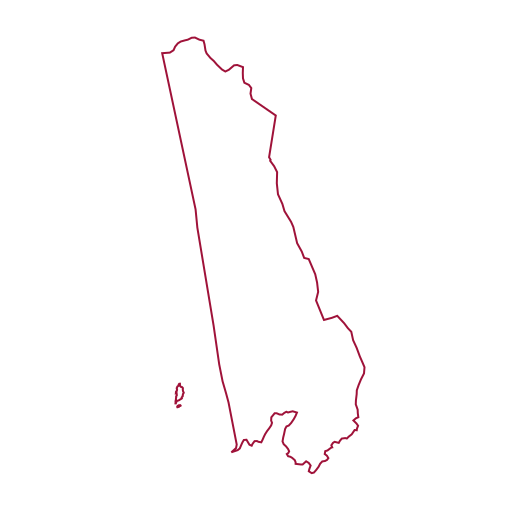 outline of Marang, Terengganu, Malaysia, rotated 194°
{"feature_id": "92858781B50781472629025", "entity_name": "Marang", "entity_type": "district", "adm_level": 2, "iso_a3": "MYS", "parent_name": "Malaysia", "parent_adm1": "Terengganu", "projection": "natural_earth1", "projection_center": [103.214, 5.06], "detail": "fine", "context": "isolated", "style": "outline", "palette": "rose", "viewbox_px": 512, "rotation_deg": 194, "n_neighbors": 0, "source": "geoboundaries", "source_scale": "gbopen_adm2", "svg_char_len": 3982}
<svg xmlns="http://www.w3.org/2000/svg" viewBox="0 0 512 512"><g transform="rotate(194 256 256)"><path d="M265.1,352.8L267.2,355.0L270.8,397.1L297.9,407.3L300.6,412.2L301.2,417.8L304.3,420.3L309.2,421.3L311.6,425.2L313.1,430.4L314.3,436.1L320.4,436.8L323.4,435.7L327.4,430.1L330.4,427.6L334.1,428.7L340.2,432.2L344.1,435.0L348.1,437.1L352.9,440.6L354.7,443.1L357.2,449.0L359.0,452.2L363.3,452.2L368.1,453.2L371.2,452.2L374.5,449.4L377.2,448.0L380.9,445.9L383.3,443.4L385.1,439.6L385.8,435.7L388.8,432.5L396.1,430.1L325.9,286.6L319.8,269.4L280.3,178.2L265.5,142.0L258.1,126.3L254.6,120.3L251.7,115.3L247.2,107.2L229.1,68.4L228.9,64.8L232.4,59.6L226.8,63.2L225.2,65.3L224.6,69.1L224.1,71.8L223.3,74.5L220.8,75.4L216.7,71.3L214.3,70.9L213.9,72.9L212.6,76.0L210.3,76.7L208.7,76.3L205.8,76.5L205.2,79.2L204.6,82.8L204.0,85.5L202.9,88.8L201.5,92.0L200.3,95.3L200.1,98.0L201.5,100.0L202.1,103.2L200.7,106.1L199.9,107.9L197.8,108.4L194.9,107.9L192.2,108.4L190.6,110.6L188.9,112.2L187.1,111.9L185.0,113.1L182.8,114.2L178.4,114.0L178.9,110.6L179.9,106.8L181.5,102.5L183.2,99.4L185.2,98.0L185.9,95.3L185.7,89.9L185.7,86.6L185.4,82.5L183.6,80.1L180.7,78.5L178.2,76.5L176.6,74.5L177.0,72.7L178.2,71.3L176.4,69.5L174.1,69.5L172.1,68.9L169.0,67.3L167.7,65.5L167.3,63.9L161.8,64.6L160.3,65.0L157.7,68.9L154.8,68.0L152.3,65.9L152.7,62.3L152.7,59.9L149.4,58.8L147.4,59.9L145.9,62.8L144.3,66.6L143.5,70.0L142.0,72.7L139.4,73.8L137.7,75.4L136.9,77.4L138.9,79.4L141.4,80.5L141.6,83.4L139.6,84.6L137.7,87.0L136.3,88.6L135.8,88.8L137.1,90.6L136.1,93.3L134.8,94.7L130.5,94.7L129.9,96.9L128.6,99.6L125.4,100.9L123.7,100.9L122.3,103.2L120.0,106.1L118.2,111.0L116.1,111.3L116.3,112.8L115.9,116.0L118.0,117.8L121.7,120.0L119.8,122.7L117.7,124.3L119.2,128.1L120.2,131.5L121.5,133.5L123.3,136.2L124.1,140.0L124.9,146.3L125.7,150.1L125.2,155.6L124.3,161.7L122.8,168.2L123.8,174.3L126.2,177.5L130.9,183.6L136.1,191.2L141.4,197.8L145.2,205.5L149.4,208.2L154.2,212.1L162.7,217.6L167.5,214.3L174.6,210.4L187.0,227.4L187.0,236.2L190.3,245.0L194.1,252.6L204.1,265.8L208.8,265.8L212.6,271.3L219.2,278.4L226.8,293.2L230.2,297.6L239.2,306.4L243.0,312.9L249.6,321.2L253.4,331.6L255.8,342.5L260.1,347.5L265.3,351.8L265.1,352.8ZM299.8,103.8L299.8,103.6L299.7,103.2L299.5,102.6L299.3,102.3L299.2,101.9L299.1,101.4L299.5,100.8L299.5,100.5L299.5,100.1L299.3,99.7L299.2,99.3L299.3,99.0L299.2,98.4L299.1,97.9L299.0,97.6L298.9,97.3L299.0,97.1L299.0,96.7L298.9,96.5L298.9,96.1L299.0,95.8L298.9,95.4L298.7,95.3L298.6,94.9L298.6,93.9L298.5,93.5L298.1,93.6L298.0,95.1L297.8,95.5L297.7,95.9L297.4,96.3L297.1,96.6L296.7,96.8L296.4,97.0L296.0,97.3L295.6,97.6L295.2,98.2L294.9,98.4L294.5,98.8L294.0,99.3L293.6,99.7L293.5,99.9L293.7,100.1L293.9,100.1L293.9,100.5L293.9,100.8L293.7,101.2L293.5,101.6L293.2,102.0L293.2,102.3L293.4,102.6L293.3,103.1L293.3,103.4L293.4,103.8L293.5,104.0L293.4,104.7L293.2,105.0L293.1,105.3L293.1,105.8L293.1,106.1L293.4,106.4L293.7,106.6L294.0,107.0L294.3,107.7L294.6,108.3L294.7,108.9L294.9,109.2L294.9,109.5L294.9,110.0L295.1,110.3L296.0,110.9L296.8,110.8L297.3,110.9L297.5,111.0L298.0,111.4L298.1,111.7L298.3,112.1L298.4,112.3L298.7,112.6L298.8,112.8L298.8,113.4L298.9,113.7L299.5,113.5L299.8,113.0L299.9,112.7L299.9,112.2L299.9,111.6L299.9,111.2L300.4,110.7L300.6,110.5L300.8,110.0L300.7,109.6L300.8,109.2L301.0,108.6L300.8,108.4L300.5,107.9L300.3,107.5L300.4,107.0L300.2,106.6L300.2,105.8L300.4,105.5L300.7,105.3L300.8,104.9L300.6,103.7L300.3,104.0L300.0,104.1L299.8,103.8ZM296.0,90.8L296.0,90.7L295.9,90.4L295.7,90.2L295.5,90.3L295.5,90.5L295.4,90.6L295.3,90.8L295.2,90.8L294.7,90.8L294.4,90.9L294.3,91.1L294.2,91.2L294.2,91.3L294.1,91.5L294.1,91.8L294.0,92.0L293.8,92.3L293.7,92.3L293.5,92.2L293.4,92.2L293.2,92.2L293.0,92.3L292.9,92.5L293.2,92.8L293.3,92.7L293.5,92.6L294.1,92.6L294.3,92.7L294.5,92.7L294.6,92.4L294.5,92.2L294.6,91.9L294.8,91.8L295.0,91.8L295.3,91.9L295.5,91.8L295.7,91.7L295.7,91.4L295.6,91.2L295.7,90.9L295.9,90.9L296.0,90.8Z" fill="none" stroke="#9f1239" stroke-width="2"/></g></svg>